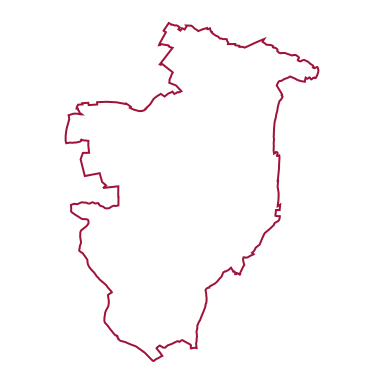 Craciunesti, Mures, Romania
{"feature_id": "2599482B86140675051410", "entity_name": "Craciunesti", "entity_type": "district", "adm_level": 2, "iso_a3": "ROU", "parent_name": "Romania", "parent_adm1": "Mures", "projection": "natural_earth1", "projection_center": [24.571, 46.464], "detail": "fine", "context": "isolated", "style": "outline", "palette": "rose", "viewbox_px": 384, "rotation_deg": 0, "n_neighbors": 0, "source": "geoboundaries", "source_scale": "gbopen_adm2", "svg_char_len": 5842}
<svg xmlns="http://www.w3.org/2000/svg" viewBox="0 0 384 384"><path d="M196.6,348.1L196.1,343.6L196.2,342.7L196.6,341.4L196.6,339.0L197.0,336.4L196.5,331.6L197.3,328.5L197.3,325.7L199.0,321.7L200.0,320.3L201.8,315.5L203.8,310.9L205.4,306.4L205.6,304.2L206.3,302.9L206.5,301.1L206.6,298.5L206.1,293.1L205.5,290.1L206.3,288.9L206.8,288.3L207.7,287.9L209.3,287.6L209.3,287.0L209.6,286.5L215.2,283.4L217.5,281.2L219.4,278.8L221.5,276.7L223.3,272.4L224.9,271.4L225.2,271.5L226.0,271.3L228.1,270.2L229.0,269.6L231.0,267.7L233.0,270.8L233.0,271.1L233.2,271.7L233.6,271.8L234.3,271.5L235.4,272.6L236.6,273.0L235.1,273.9L235.2,274.2L236.5,274.1L237.1,273.5L238.1,273.6L239.8,274.7L240.0,274.5L240.3,274.0L240.0,273.5L240.1,273.1L243.2,266.6L244.3,265.0L243.6,262.7L243.5,261.8L243.2,260.7L243.1,258.4L243.6,257.3L244.0,257.2L245.6,257.7L247.6,257.4L250.3,255.8L253.4,254.4L253.7,254.2L252.0,252.8L252.9,252.1L254.4,250.5L255.7,247.7L259.6,244.7L261.5,240.0L264.3,233.8L265.1,232.8L269.9,228.8L274.1,224.7L274.3,223.6L274.7,223.0L278.4,220.9L279.2,219.7L279.5,218.8L279.8,217.1L279.8,216.1L276.9,216.1L275.4,215.7L276.0,210.0L279.6,210.1L280.2,204.6L277.7,206.2L277.9,203.8L278.3,201.7L278.6,197.1L278.6,192.6L277.6,186.9L278.1,180.7L277.6,180.7L277.9,179.6L279.1,167.3L279.0,166.6L279.5,156.9L279.3,155.5L278.1,156.0L277.0,155.9L276.9,155.5L277.6,154.0L277.6,153.1L277.0,152.2L276.0,152.0L275.5,152.8L274.0,153.6L273.6,150.1L273.8,146.9L273.7,142.9L273.9,140.1L274.1,139.2L273.7,137.4L274.1,127.6L274.7,121.6L275.9,117.1L276.2,114.7L277.3,110.8L277.7,107.5L278.9,102.8L279.7,100.7L280.8,99.9L282.6,96.9L281.7,95.6L281.6,95.3L282.2,94.8L281.5,93.4L276.7,85.5L277.9,82.8L278.9,81.4L279.7,81.0L281.3,80.9L284.4,79.0L287.7,77.9L290.1,76.5L294.6,78.4L297.5,80.0L301.0,81.1L304.4,81.7L304.9,81.7L304.8,81.1L305.7,77.6L307.2,78.8L308.7,78.0L309.3,77.4L309.6,77.5L309.9,77.6L310.8,79.1L311.3,79.4L311.7,79.3L313.1,77.9L314.2,78.1L314.5,77.6L314.8,77.5L315.5,78.0L315.8,77.9L316.5,76.7L317.7,73.8L318.4,71.1L318.4,70.0L317.8,67.9L317.4,67.2L317.1,67.0L316.8,67.1L314.3,68.2L313.7,68.0L312.9,67.4L313.5,66.7L313.5,66.4L312.9,65.5L310.2,63.7L308.1,61.8L307.3,61.4L304.1,59.9L302.0,60.5L300.8,61.3L300.4,61.1L299.7,61.3L298.1,60.5L297.8,60.2L297.9,59.5L298.7,58.5L299.0,57.8L298.8,57.3L297.6,56.2L295.7,55.0L293.3,55.0L292.5,55.5L291.5,55.3L284.9,53.0L281.5,53.0L280.7,53.3L279.2,52.8L277.3,51.1L277.5,49.6L277.3,49.3L276.3,48.4L274.9,47.7L273.6,47.7L272.9,47.3L272.8,47.0L273.1,46.3L272.9,45.9L270.7,45.0L267.0,44.8L266.1,44.5L265.4,43.7L262.6,41.9L262.9,41.0L264.2,39.0L257.2,41.9L244.8,47.6L242.8,46.9L239.4,46.9L239.4,45.8L235.3,45.3L235.1,44.9L235.2,44.0L227.9,44.1L228.2,42.5L227.1,41.0L226.8,39.3L226.4,39.1L223.1,39.1L221.3,38.5L219.9,38.5L218.1,36.6L214.8,35.1L213.1,33.6L212.2,33.2L211.9,31.8L210.9,31.6L209.9,28.3L208.1,29.2L207.4,29.2L207.1,28.7L207.0,28.0L202.6,29.3L198.2,31.1L197.3,30.2L194.9,28.8L192.7,26.7L191.3,25.7L186.1,25.5L186.6,26.2L186.5,26.5L184.6,29.5L182.1,28.2L180.4,30.6L178.4,29.3L179.8,27.4L177.7,25.9L176.7,25.4L174.8,25.5L172.5,24.6L171.7,24.8L168.8,23.0L163.6,30.7L165.9,32.2L159.7,43.4L159.0,45.2L160.3,45.0L160.4,44.3L161.2,44.1L166.8,45.2L167.9,45.2L168.8,45.6L168.8,46.4L169.4,46.8L172.6,47.8L159.8,64.4L160.8,64.8L161.4,63.7L161.7,63.6L172.7,72.3L172.8,72.7L171.6,74.4L171.2,76.0L169.5,79.7L169.5,81.5L169.3,82.8L176.1,85.5L181.4,91.2L179.2,92.3L178.5,92.4L177.8,92.1L177.2,92.3L176.4,93.0L174.3,93.9L172.4,91.6L171.4,92.3L168.8,93.3L167.8,93.9L164.6,96.5L160.8,93.9L156.6,96.5L153.6,98.9L150.2,104.3L145.6,108.7L145.9,108.9L144.5,110.1L142.1,111.0L139.2,111.1L133.6,109.6L129.9,107.8L130.8,106.8L127.8,104.6L126.0,103.5L125.7,104.0L116.4,102.3L106.6,101.8L97.1,102.2L97.2,104.5L88.7,105.1L88.3,102.8L82.2,103.2L82.5,104.4L78.0,104.7L76.6,107.6L76.6,108.7L77.9,108.6L78.2,110.0L79.2,111.4L79.7,112.9L81.8,114.4L80.9,114.4L77.5,113.7L73.5,113.7L68.6,115.2L69.1,117.5L69.2,118.6L69.1,119.7L66.5,129.2L65.7,135.4L65.6,139.9L65.7,141.1L66.2,143.2L70.1,142.6L72.7,142.8L74.4,142.5L76.5,142.5L78.1,142.0L79.9,141.7L81.0,141.0L81.2,140.4L81.1,139.9L81.4,139.6L83.1,140.3L88.4,140.8L88.3,145.3L89.1,152.8L82.9,152.9L80.6,159.3L84.8,176.0L99.7,173.2L102.1,182.0L106.1,185.4L103.6,187.6L103.8,187.9L118.3,186.3L118.2,195.7L118.3,196.9L118.5,196.9L118.4,205.4L116.0,206.0L113.9,205.7L112.0,206.4L109.3,208.1L108.6,208.3L106.4,208.4L105.1,208.2L103.0,206.6L100.1,205.7L98.9,204.3L98.7,203.5L98.2,203.1L95.2,203.5L92.8,202.3L91.8,202.5L89.8,203.5L88.1,203.5L86.1,202.6L84.1,202.6L82.1,202.3L80.8,202.6L77.4,204.2L74.0,203.8L71.0,204.9L71.2,208.7L71.1,211.4L71.8,212.3L74.6,214.3L81.5,218.7L82.6,219.1L85.2,219.1L87.4,219.5L88.0,219.9L88.3,220.6L88.5,221.5L88.5,223.1L87.7,224.7L86.2,226.4L81.5,230.1L80.9,230.8L80.3,232.4L80.2,237.2L81.0,241.9L80.8,243.5L79.8,246.2L79.7,248.3L79.2,249.5L79.3,250.8L81.1,252.3L82.2,252.8L82.7,253.2L85.9,257.6L87.4,260.0L87.6,262.9L87.9,264.3L89.1,266.8L90.7,268.9L92.1,270.5L94.1,272.5L96.8,276.4L98.2,277.7L99.4,279.3L106.2,285.1L107.4,287.0L111.4,291.5L111.8,292.4L109.4,293.9L107.9,295.1L108.8,300.9L108.8,302.9L108.4,305.8L108.0,306.8L106.0,310.5L105.2,312.6L104.4,318.1L104.4,321.0L104.7,322.2L105.1,322.9L107.7,325.7L110.0,328.9L114.3,334.2L115.3,335.2L116.0,335.5L116.5,335.4L117.5,336.1L117.6,336.3L117.5,336.5L117.2,336.7L117.9,338.0L118.2,338.2L118.1,338.8L118.6,339.1L119.9,340.5L120.2,340.7L125.7,342.2L127.0,342.9L132.4,345.1L134.6,345.8L136.3,346.6L144.9,352.8L151.4,359.5L153.0,360.9L153.5,361.0L154.5,360.4L155.8,359.3L159.2,357.6L161.2,356.3L162.3,355.9L160.4,353.1L156.5,348.3L156.8,347.8L159.4,345.7L159.9,345.6L163.2,347.6L165.3,347.6L166.0,346.8L167.9,345.3L171.6,344.0L176.7,341.5L177.9,341.2L179.5,341.9L180.7,340.8L182.2,340.1L190.2,344.5L191.0,345.3L190.7,347.0L190.8,348.3L191.0,348.5L193.4,347.9L194.7,347.8L196.6,348.1Z" fill="none" stroke="#9f1239" stroke-width="2"/></svg>